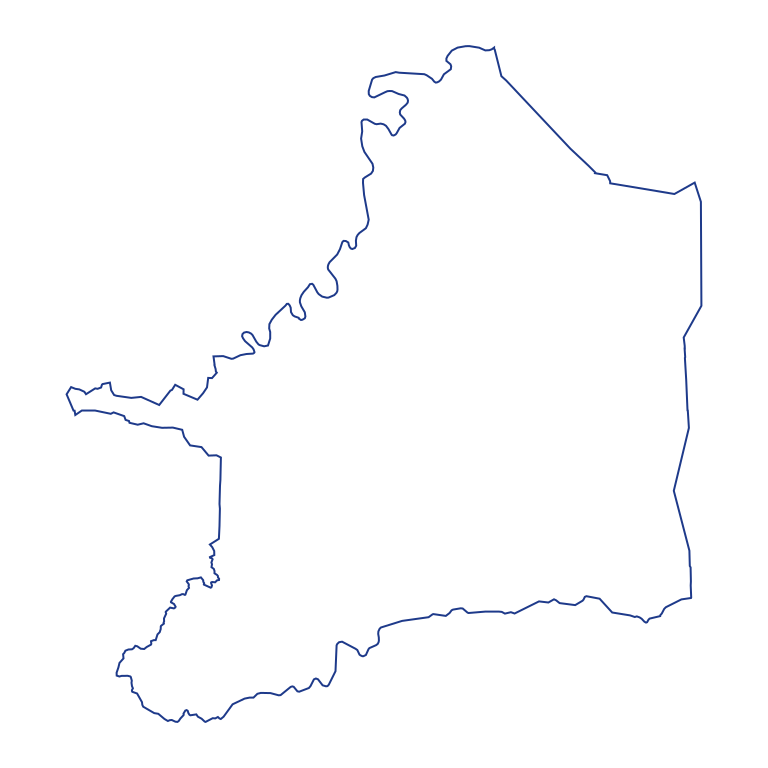 outline of Vijciema pag., Valkas, Latvia
{"feature_id": "27541924B32036118272462", "entity_name": "Vijciema pag.", "entity_type": "district", "adm_level": 2, "iso_a3": "LVA", "parent_name": "Latvia", "parent_adm1": "Valkas", "projection": "mercator", "projection_center": [25.957, 57.603], "detail": "fine", "context": "isolated", "style": "outline", "palette": "blue", "viewbox_px": 768, "rotation_deg": 0, "n_neighbors": 0, "source": "geoboundaries", "source_scale": "gbopen_adm2", "svg_char_len": 6066}
<svg xmlns="http://www.w3.org/2000/svg" viewBox="0 0 768 768"><path d="M660.2,616.1L660.3,615.2L661.8,613.5L664.2,608.9L665.9,607.2L681.4,599.4L691.0,598.0L691.2,597.5L690.7,585.4L690.9,581.5L690.6,567.4L689.8,566.0L689.4,550.7L673.8,490.8L688.9,427.9L687.8,410.5L687.5,410.4L686.2,379.8L684.9,357.9L685.2,357.2L684.6,348.6L684.8,348.6L684.7,345.8L683.7,337.5L701.4,305.8L700.9,201.8L694.7,182.6L674.4,194.0L610.2,183.3L610.1,181.1L607.2,175.2L595.1,173.2L595.4,172.6L588.6,165.8L570.4,148.7L506.1,80.4L501.4,76.2L494.7,49.5L494.1,48.9L494.1,47.6L491.8,49.3L489.3,50.2L485.3,50.4L479.2,47.7L469.3,46.1L465.6,46.2L457.6,47.6L451.8,50.6L447.6,55.9L446.4,58.5L446.4,60.9L450.5,64.3L451.2,66.3L450.8,69.2L443.9,74.3L441.0,79.6L439.1,81.4L437.3,82.3L435.8,82.6L434.3,81.7L432.0,78.8L426.6,75.2L424.3,74.2L399.2,72.7L395.7,72.1L384.5,75.5L375.7,77.0L373.3,78.2L372.1,79.6L368.7,91.0L368.8,94.1L369.8,95.8L371.9,97.1L374.3,97.4L385.1,92.2L387.4,91.2L389.6,91.0L392.1,91.1L398.7,94.0L404.5,95.5L406.9,97.7L407.6,99.0L408.0,100.7L407.7,102.6L406.1,104.6L401.6,108.5L400.2,110.2L399.8,112.4L400.2,114.5L404.1,118.7L405.2,120.5L405.5,122.0L404.9,123.7L399.6,127.9L396.6,133.3L395.6,134.5L393.7,135.5L392.1,135.2L391.6,134.7L388.4,129.0L386.0,125.8L383.6,124.3L380.7,123.6L376.6,124.2L374.8,123.8L367.2,119.5L363.7,119.5L362.0,120.8L361.5,122.1L362.2,131.4L361.1,138.6L362.3,146.3L364.4,151.9L372.5,163.8L373.3,167.6L372.9,170.9L371.1,173.6L364.8,177.5L363.1,179.0L363.0,182.9L364.1,195.0L368.7,219.7L367.6,224.6L365.9,228.2L359.4,233.0L357.7,234.9L356.5,237.1L355.9,240.7L356.2,245.7L354.9,248.0L352.3,249.0L351.0,248.6L349.8,247.3L348.9,245.3L348.3,242.5L345.8,241.0L343.5,240.9L342.3,242.2L340.0,249.1L337.2,254.5L329.6,262.2L328.4,264.4L327.9,266.1L327.8,267.9L328.2,269.5L335.4,278.7L336.6,281.2L337.4,285.9L337.5,289.7L337.2,291.4L336.4,292.9L334.3,295.1L328.5,297.6L326.8,297.7L322.2,296.6L318.7,294.1L317.3,292.3L313.3,284.8L312.1,283.8L309.9,284.2L308.0,287.2L303.8,291.8L301.5,295.2L300.3,298.2L299.9,300.3L299.9,302.3L301.3,306.3L304.8,312.3L305.4,316.5L304.8,318.3L302.5,319.7L301.0,320.0L298.9,318.6L298.7,317.8L294.6,316.4L292.8,315.2L291.0,312.1L290.7,307.7L289.7,305.4L288.3,303.8L286.8,303.9L285.5,305.6L275.6,314.8L271.8,319.7L269.4,324.1L269.2,328.5L270.2,332.0L270.2,338.5L268.0,345.5L264.1,346.3L259.7,345.1L258.5,344.4L256.3,341.7L252.5,335.0L251.1,333.6L248.8,332.4L246.5,332.0L244.0,332.6L242.5,334.1L242.1,336.2L243.1,338.4L245.1,341.2L252.2,347.4L253.6,349.4L254.5,352.2L254.2,352.8L253.0,353.6L246.5,354.0L240.4,355.2L233.2,358.6L231.4,358.8L223.2,356.1L213.5,356.4L214.6,364.8L214.4,365.0L215.6,369.0L215.9,371.6L216.8,372.7L212.0,378.1L208.2,377.9L207.0,387.4L203.1,393.2L197.5,399.7L183.5,393.8L183.6,389.3L175.2,384.8L172.0,389.9L170.4,390.6L159.2,405.0L141.1,396.9L131.3,397.9L116.5,395.8L114.1,395.0L111.2,390.3L109.9,382.6L102.5,384.1L101.9,384.8L101.1,387.5L97.6,388.8L95.2,388.4L86.0,394.2L84.4,391.8L83.6,391.4L79.3,389.4L75.3,388.8L71.1,387.1L66.6,394.3L73.5,410.6L74.6,410.7L75.3,415.0L81.9,410.5L94.9,410.5L110.8,413.8L113.6,412.4L124.2,416.1L125.6,419.9L129.0,421.0L129.5,422.8L137.7,424.7L143.6,423.3L151.8,426.2L162.0,427.8L172.9,427.6L182.2,429.8L184.1,436.8L190.1,445.4L201.5,447.1L208.6,455.6L216.5,455.3L220.9,457.5L220.4,480.0L220.0,485.8L219.5,504.0L219.9,508.7L219.5,526.0L218.9,538.8L209.9,544.5L212.2,547.1L214.2,551.0L214.3,555.1L209.9,557.1L210.0,557.7L212.0,558.4L212.6,559.2L211.4,562.5L212.0,564.2L211.5,567.2L213.8,568.9L214.5,571.0L214.5,573.3L217.0,574.9L217.9,576.0L218.0,577.4L219.1,578.8L219.0,580.0L217.1,580.3L215.1,582.3L212.1,582.0L211.1,582.5L211.1,583.1L212.0,585.5L211.4,587.3L210.7,587.7L203.9,584.6L203.8,584.2L204.2,583.2L203.3,581.8L203.2,580.2L200.9,577.4L197.6,578.3L193.6,578.5L187.3,580.3L186.7,581.4L188.7,584.1L188.9,585.0L188.5,586.1L189.0,587.9L186.9,590.2L185.4,594.6L184.9,594.9L183.1,594.1L181.9,594.2L179.8,595.2L175.9,595.9L174.6,596.4L172.4,599.2L170.9,601.8L171.0,602.3L174.0,604.0L175.6,606.7L175.3,607.5L173.9,608.4L170.1,607.6L165.8,611.7L165.7,612.2L166.2,613.7L164.0,618.4L164.1,621.5L163.6,622.5L163.9,623.6L161.1,625.8L160.8,626.4L160.7,629.1L159.7,632.2L157.5,634.4L155.7,640.1L153.9,640.1L151.0,641.2L151.3,643.9L150.9,644.7L146.7,647.0L144.2,649.0L140.7,648.7L137.3,646.3L135.3,645.8L133.6,648.2L132.0,649.3L128.4,649.5L125.4,650.7L124.3,652.9L123.1,654.2L123.5,658.4L119.5,662.9L118.4,667.5L116.6,672.7L116.7,675.6L119.4,676.5L121.5,675.9L127.7,675.8L130.4,676.5L130.8,677.0L131.4,679.2L131.8,680.7L131.5,682.8L132.0,686.2L132.9,688.3L132.0,690.0L131.9,690.9L132.3,691.8L137.1,693.5L142.0,702.2L142.3,704.8L143.2,706.7L154.2,713.1L158.3,713.8L164.5,719.0L167.9,721.0L169.7,720.2L171.8,720.0L175.4,721.7L177.5,721.9L178.8,720.9L180.4,718.5L183.4,715.3L183.7,714.8L183.5,713.6L185.3,710.6L186.6,710.1L187.7,710.8L188.4,713.1L189.4,714.7L190.3,715.3L196.3,714.4L197.9,716.7L201.6,718.7L204.7,721.6L205.6,721.9L212.7,718.2L215.3,718.4L217.9,717.0L219.5,718.5L220.8,719.0L223.6,716.7L232.6,704.3L244.6,698.6L249.6,697.6L253.5,697.6L257.4,693.8L260.9,692.9L270.5,693.1L278.7,695.3L280.6,695.1L290.7,686.9L292.3,686.4L293.7,686.8L297.4,691.3L299.2,691.7L308.9,688.0L310.5,686.1L313.9,679.4L315.9,678.5L318.0,679.3L322.6,685.3L326.0,686.3L327.5,686.1L328.8,684.7L335.5,671.2L336.6,645.3L337.3,643.9L339.1,642.2L342.1,641.7L355.4,648.7L357.3,650.0L359.5,654.6L360.4,655.3L362.3,656.2L363.4,656.2L365.9,655.0L368.5,649.2L369.4,648.1L376.2,645.1L377.8,643.8L378.6,642.1L378.9,640.5L378.8,637.4L378.2,633.9L378.4,631.4L379.6,628.8L380.9,627.5L402.1,620.9L428.6,617.2L432.6,614.3L433.4,614.1L445.8,615.9L449.6,613.0L451.6,610.3L453.0,609.6L460.7,608.3L462.7,608.5L467.5,612.6L468.6,613.0L485.3,611.6L498.9,611.6L501.8,611.9L504.9,613.6L510.9,612.2L514.6,613.5L539.0,601.4L548.4,602.5L554.0,599.3L556.1,600.3L559.6,603.1L575.2,605.1L582.6,600.7L583.6,599.5L584.8,596.9L586.4,596.2L599.6,598.7L612.2,612.5L630.1,615.4L634.8,617.0L636.8,616.4L639.6,617.4L641.7,618.8L644.4,621.7L646.0,622.6L647.1,622.2L648.5,619.7L649.6,618.6L660.2,616.1Z" fill="none" stroke="#1e3a8a" stroke-width="2"/></svg>